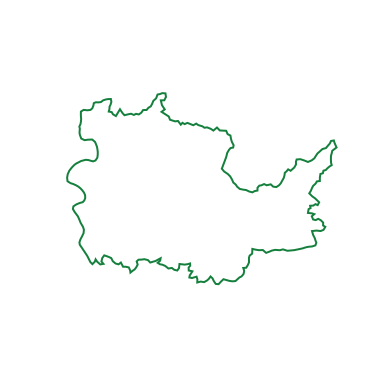 outline of Campestre da Serra, Rio Grande do Sul, Brazil, rotated 116°
{"feature_id": "56859067B56487205832332", "entity_name": "Campestre da Serra", "entity_type": "district", "adm_level": 2, "iso_a3": "BRA", "parent_name": "Brazil", "parent_adm1": "Rio Grande do Sul", "projection": "albers", "projection_center": [-51.112, -28.72], "detail": "fine", "context": "isolated", "style": "outline", "palette": "green", "viewbox_px": 384, "rotation_deg": 116, "n_neighbors": 0, "source": "geoboundaries", "source_scale": "gbopen_adm2", "svg_char_len": 4310}
<svg xmlns="http://www.w3.org/2000/svg" viewBox="0 0 384 384"><g transform="rotate(116 192 192)"><path d="M155.2,319.2L157.6,318.5L160.5,318.3L162.7,319.2L164.4,321.8L165.7,325.4L168.4,327.1L170.8,326.0L172.9,324.9L174.8,323.7L177.1,322.8L179.8,322.0L182.6,321.9L184.4,320.5L187.8,319.2L189.6,318.0L192.5,315.0L192.5,311.3L190.5,308.3L188.6,304.7L189.5,301.1L191.5,298.8L193.3,297.0L195.4,295.5L197.4,294.2L200.0,293.0L202.7,292.1L206.0,292.6L207.8,294.3L208.3,296.6L208.7,299.2L209.7,301.7L212.7,305.2L217.1,308.5L219.2,309.6L222.5,310.7L226.6,311.6L230.5,311.5L233.9,310.5L236.9,308.6L237.3,305.0L236.9,302.4L236.8,299.4L237.0,296.5L237.7,293.6L238.6,291.3L239.9,288.8L241.7,286.7L244.3,285.3L246.9,285.1L249.1,285.8L251.0,288.0L253.8,290.5L256.9,292.3L259.5,291.6L261.3,288.9L263.9,283.9L265.8,281.6L268.5,278.6L271.2,274.6L273.3,272.6L276.6,271.4L280.5,271.4L283.6,271.5L286.6,271.1L288.6,269.7L291.2,265.2L293.0,262.1L295.5,257.9L297.2,255.7L299.5,252.7L300.5,249.9L297.2,248.8L294.8,249.1L296.2,246.7L297.3,242.7L295.4,240.1L294.2,242.9L290.8,243.7L287.4,243.1L286.9,238.9L286.8,235.6L288.9,232.9L289.8,229.4L289.2,226.3L286.6,225.0L289.4,221.2L288.2,218.7L287.5,215.7L289.6,213.2L291.4,212.0L288.8,210.8L286.7,209.6L284.1,209.1L281.1,209.0L278.6,211.3L276.3,210.4L274.8,207.6L273.3,205.4L272.5,201.8L273.7,198.6L271.9,196.7L270.2,194.7L267.7,192.9L265.3,191.2L267.6,190.5L270.7,191.8L271.0,189.2L270.3,186.6L270.2,183.6L271.1,179.7L269.1,176.8L269.7,173.8L269.0,170.8L266.1,170.3L262.2,171.7L260.5,166.8L258.8,164.3L257.1,162.4L259.0,161.3L261.4,161.9L264.0,160.5L263.1,156.9L265.4,157.1L267.8,157.5L270.0,156.9L269.3,154.3L266.1,150.8L268.1,148.9L271.0,147.6L268.7,144.9L267.7,141.6L264.9,139.7L262.7,138.8L259.8,138.3L260.6,135.7L262.4,133.5L264.2,130.4L263.2,127.7L259.9,126.7L256.6,125.5L256.1,122.7L255.5,119.4L254.6,116.6L253.0,113.9L250.5,112.9L248.0,111.9L246.2,110.5L243.1,109.7L240.0,110.5L237.8,112.6L236.3,110.1L233.4,109.8L230.3,109.9L226.1,112.0L223.9,112.3L221.0,110.9L216.7,112.8L215.9,109.4L214.9,106.2L213.1,102.9L214.2,98.7L211.6,96.2L209.7,94.6L207.6,92.0L205.8,87.5L203.7,85.1L203.0,80.5L199.5,74.7L197.1,71.6L194.3,68.0L191.8,65.4L190.1,63.2L188.3,60.2L185.9,57.7L183.1,58.0L181.6,59.6L179.7,61.4L177.4,64.4L174.5,67.0L172.1,63.2L170.7,59.3L168.4,57.2L164.9,56.9L164.6,59.5L162.0,60.7L160.9,63.9L160.8,66.8L163.0,68.5L163.6,71.1L161.3,73.7L158.3,72.4L158.6,74.8L160.0,78.6L156.3,79.7L154.5,78.4L152.6,79.8L151.0,77.0L148.8,75.7L148.7,73.3L145.5,73.2L144.4,76.6L143.7,78.8L143.2,82.0L141.8,86.0L138.6,85.7L135.8,85.9L133.3,85.8L130.3,84.6L127.7,84.4L126.1,81.9L123.0,83.4L119.5,84.5L117.8,82.6L115.2,83.2L113.6,81.4L111.3,80.7L108.6,79.5L106.6,78.2L104.8,79.8L101.9,81.4L98.7,82.9L96.0,83.4L93.4,84.0L91.2,82.9L88.6,81.6L87.0,83.5L85.2,85.6L83.5,87.1L85.2,89.4L88.2,89.4L90.6,90.1L93.8,90.9L96.2,93.6L99.5,94.9L102.3,96.1L105.1,96.5L108.1,96.8L111.1,98.3L114.2,101.0L114.4,104.6L115.0,109.0L116.9,112.2L119.1,111.9L121.7,110.6L125.1,110.8L127.3,111.7L129.7,112.7L129.5,115.5L132.0,116.1L134.1,117.0L136.4,116.2L139.1,115.7L142.4,115.9L145.1,116.0L147.8,116.7L150.6,118.4L151.6,121.4L150.6,124.6L153.2,127.8L153.3,130.7L155.5,132.5L156.8,134.3L159.4,135.0L162.0,133.8L163.7,136.1L165.8,137.5L166.5,140.8L166.5,144.2L167.4,146.9L168.3,150.4L167.5,153.6L166.1,156.1L165.4,159.0L163.1,161.7L161.2,164.6L160.1,167.8L159.5,172.1L158.0,175.4L147.4,176.4L144.9,176.7L141.4,177.5L137.8,177.2L135.6,176.6L134.0,174.5L131.7,175.1L129.6,178.0L127.1,180.3L124.4,182.2L124.4,185.3L122.0,188.1L124.5,194.0L123.1,197.8L127.4,199.7L127.0,202.9L127.3,206.8L128.8,209.0L128.4,211.3L129.1,215.8L128.7,218.2L131.4,220.1L131.9,226.4L134.2,228.4L134.0,230.9L136.4,231.6L134.3,235.7L135.9,238.1L136.7,243.4L134.3,246.0L133.3,254.5L129.7,252.7L127.1,257.1L123.3,260.2L121.7,257.1L117.9,257.1L115.0,259.1L116.2,262.1L118.0,263.7L119.5,265.7L123.6,265.3L127.0,266.7L130.2,266.5L133.1,266.6L135.4,268.1L138.2,268.8L139.8,271.9L142.9,272.3L145.6,273.8L146.3,276.6L148.2,278.0L148.4,281.1L150.2,283.5L152.6,286.4L151.6,288.9L150.4,291.0L149.2,293.0L153.9,293.4L157.1,293.7L156.8,297.1L155.4,299.2L156.2,302.1L153.9,302.5L151.4,303.5L149.2,303.5L146.3,304.0L144.0,305.7L145.2,308.0L146.5,309.9L148.5,312.0L151.1,313.3L152.6,315.6L153.5,317.8L155.2,319.2Z" fill="none" stroke="#15803d" stroke-width="2"/></g></svg>